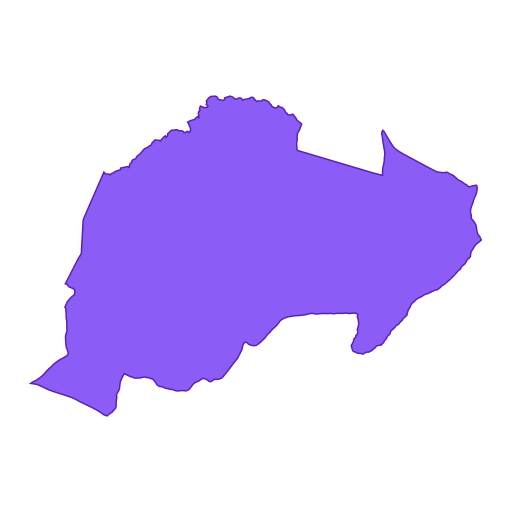 Teso South, Western, Kenya
{"feature_id": "3690345B15305563297607", "entity_name": "Teso South", "entity_type": "district", "adm_level": 2, "iso_a3": "KEN", "parent_name": "Kenya", "parent_adm1": "Western", "projection": "albers", "projection_center": [34.227, 0.538], "detail": "fine", "context": "isolated", "style": "filled", "palette": "violet", "viewbox_px": 512, "rotation_deg": 0, "n_neighbors": 0, "source": "geoboundaries", "source_scale": "gbopen_adm2", "svg_char_len": 6040}
<svg xmlns="http://www.w3.org/2000/svg" viewBox="0 0 512 512"><path d="M228.5,370.0L233.9,362.8L237.6,358.2L241.9,349.6L243.1,344.5L244.8,342.2L246.9,342.5L248.5,344.2L250.4,345.0L253.3,345.7L256.1,345.5L258.4,343.9L261.4,341.4L264.8,338.1L266.3,336.1L267.9,333.9L269.6,332.8L270.6,331.3L271.7,330.0L276.6,325.5L278.4,323.3L279.6,321.5L280.6,320.4L282.4,319.2L284.3,318.2L286.8,317.2L288.4,316.8L293.9,315.9L301.5,315.3L305.1,314.8L309.8,313.6L312.2,313.4L317.0,314.1L319.7,313.7L322.1,313.5L325.2,313.5L327.3,313.6L330.4,313.4L332.2,313.6L333.9,313.8L336.2,313.4L338.0,313.3L341.2,313.4L343.2,313.4L345.6,313.0L347.2,313.2L348.5,313.5L350.1,313.5L351.8,313.2L353.3,313.1L355.0,313.1L356.7,313.4L358.0,314.9L357.2,316.5L358.3,319.8L358.4,321.5L358.7,323.5L358.5,325.4L357.3,329.5L357.8,331.9L357.2,334.2L355.9,335.5L355.5,337.5L354.1,338.7L353.6,340.0L353.5,341.5L352.4,343.6L351.2,345.5L352.3,349.5L353.3,351.5L355.4,352.0L356.7,352.9L358.1,353.4L360.4,353.3L362.9,354.2L364.8,352.8L367.1,352.1L369.0,352.1L370.2,351.2L371.8,350.7L372.8,349.5L375.6,347.4L376.3,346.0L378.0,345.5L380.0,345.3L381.3,344.9L383.6,342.5L384.4,340.8L386.0,339.1L387.0,337.5L387.9,335.5L389.5,334.6L390.3,333.1L390.5,331.5L391.7,330.2L393.4,328.8L395.1,327.1L396.0,325.5L397.6,325.0L399.1,323.6L400.5,321.7L402.1,320.5L403.0,318.8L405.6,316.4L406.9,315.3L407.1,313.7L407.8,311.6L408.3,309.8L409.5,308.2L410.4,306.4L411.0,304.7L412.3,303.0L413.8,302.0L415.0,300.7L416.3,299.5L418.2,298.1L421.6,296.7L423.7,295.1L425.9,294.1L428.0,293.6L429.2,292.9L430.6,292.4L431.7,291.6L433.8,290.8L435.8,289.7L437.2,289.9L438.5,288.8L440.5,287.4L442.1,285.5L443.9,284.6L445.8,283.1L450.3,279.2L451.8,277.6L453.9,275.6L456.8,272.4L458.4,270.5L460.2,269.4L462.0,266.1L463.4,265.1L464.7,264.0L465.9,262.4L466.6,260.7L467.7,259.4L469.1,258.1L470.4,256.7L470.8,253.0L471.3,251.2L472.5,249.7L474.5,246.4L475.6,244.7L476.7,243.8L479.7,241.5L481.3,240.0L480.4,237.9L479.4,236.1L477.9,234.3L477.1,232.0L476.7,230.1L476.4,227.0L475.9,225.0L474.8,223.0L473.4,220.8L472.0,219.4L471.4,218.0L471.3,215.2L470.6,213.3L470.6,209.9L470.9,208.2L471.6,206.1L473.1,202.2L473.6,199.9L476.0,194.5L476.6,192.3L477.1,189.6L477.1,186.9L476.6,185.3L474.9,185.4L472.5,185.9L470.2,186.6L468.9,186.9L466.6,184.9L464.1,183.5L462.3,182.0L457.5,179.4L456.0,177.8L454.4,176.5L453.0,175.2L449.4,173.9L448.0,172.6L446.4,172.1L444.6,172.7L442.3,172.6L438.2,172.1L436.4,171.6L429.9,168.3L403.8,154.3L399.2,151.6L396.6,149.8L394.3,147.9L392.6,145.7L388.2,138.7L384.1,131.6L382.8,130.3L381.8,132.3L381.8,134.2L382.6,138.7L383.1,142.9L383.4,144.3L384.0,148.1L384.7,151.6L384.7,153.4L384.9,155.1L384.4,157.3L384.3,160.4L383.6,164.6L382.7,168.4L382.5,173.0L382.5,175.4L372.2,172.7L297.3,150.4L296.9,148.3L296.7,146.1L296.7,144.5L296.6,143.0L296.8,141.6L297.2,140.2L297.1,136.6L297.4,134.1L298.1,132.2L299.1,130.8L300.9,126.2L301.7,124.0L300.2,122.7L298.4,121.4L296.8,119.8L296.0,118.2L294.1,115.7L292.8,114.2L291.1,114.6L289.8,115.1L287.9,114.7L287.0,113.3L285.7,112.7L285.3,111.3L283.5,108.7L282.2,107.6L280.3,107.2L278.3,105.7L277.2,107.4L275.7,108.0L274.0,107.5L272.3,106.8L271.2,105.0L270.0,103.7L269.0,102.3L267.6,101.2L264.7,99.9L262.5,99.9L261.4,100.9L259.9,101.2L258.3,100.8L256.6,101.4L255.5,100.4L253.7,97.9L252.1,97.2L250.7,97.5L248.9,98.6L246.8,99.1L244.6,99.3L242.8,100.2L241.6,98.6L240.1,97.9L238.5,98.1L237.0,98.9L235.1,99.0L233.6,97.8L232.4,96.9L230.0,96.1L224.6,97.9L224.6,99.4L223.4,100.4L221.4,100.1L219.4,99.6L217.9,99.2L217.7,97.7L216.3,96.5L214.7,96.1L210.7,96.5L208.5,98.1L206.3,101.2L206.8,102.7L206.2,104.5L207.9,105.7L207.4,107.3L204.2,107.6L202.3,106.8L200.4,106.1L199.5,108.6L199.9,110.5L198.7,111.5L198.3,113.9L198.9,115.8L198.8,117.6L197.3,116.6L194.4,119.5L190.6,120.6L187.6,122.1L188.6,123.8L189.2,125.5L189.9,126.9L190.4,128.2L190.6,129.9L190.0,131.3L188.9,132.3L187.4,131.3L185.6,132.2L184.1,132.7L183.2,131.4L181.4,130.7L178.9,130.9L177.2,129.7L171.3,130.3L170.0,131.6L167.6,133.8L167.7,135.9L166.2,137.3L165.6,135.8L164.0,136.7L162.5,138.5L161.2,139.6L160.6,141.0L159.0,140.3L154.9,139.9L151.9,143.2L151.4,144.8L149.4,145.9L147.9,147.2L146.2,147.9L144.2,149.0L140.1,153.8L138.6,154.9L136.7,156.6L136.2,158.0L134.8,159.1L133.2,159.6L132.0,160.5L131.6,162.3L130.2,163.4L129.5,165.2L129.3,167.4L127.8,166.6L125.6,167.0L120.6,168.1L120.5,169.7L115.8,171.2L113.2,172.9L111.3,173.6L110.0,174.9L108.8,174.1L107.1,174.2L105.2,173.5L103.9,172.1L84.2,217.3L83.4,219.4L83.1,221.1L81.3,253.6L78.3,258.5L65.3,283.8L66.8,284.2L67.8,285.5L69.4,287.1L73.4,288.6L74.9,290.7L74.7,292.9L74.2,294.9L72.7,296.0L70.4,298.1L69.3,299.4L67.4,301.6L64.9,307.2L65.8,308.7L65.9,310.9L66.1,313.3L66.2,318.3L66.8,321.3L66.8,323.5L66.9,325.6L66.8,328.4L67.1,330.6L66.6,331.9L66.3,333.3L65.8,334.7L65.5,336.4L65.6,339.8L65.9,344.2L66.1,345.5L66.2,347.4L67.0,348.8L67.3,350.3L68.4,353.8L66.9,355.6L63.5,357.8L60.3,359.4L57.7,361.1L52.8,364.9L51.7,366.4L48.8,368.8L45.9,371.9L44.6,373.4L41.6,376.4L40.2,377.5L38.8,378.5L36.1,380.3L32.7,382.0L30.7,383.4L35.4,384.1L37.4,384.6L39.3,385.4L41.0,386.3L42.9,386.9L45.4,388.3L48.4,389.7L53.3,391.5L64.3,395.0L72.0,397.6L75.0,399.0L79.9,401.7L91.8,407.4L96.8,410.1L100.3,412.2L104.1,414.9L107.0,415.9L108.5,414.7L110.3,413.3L112.4,412.0L113.3,410.6L114.5,409.6L115.8,407.8L116.2,405.4L116.1,403.9L116.4,399.8L116.8,397.8L116.5,395.2L117.0,393.4L118.5,391.2L119.4,388.8L119.9,384.4L120.3,381.8L121.4,379.2L124.1,373.6L129.1,376.0L130.7,376.7L132.5,377.1L134.1,377.9L135.6,378.2L137.1,378.0L139.5,378.0L141.4,377.7L142.9,377.2L144.5,376.9L146.8,377.6L149.0,377.7L150.7,378.6L152.7,379.1L154.3,380.8L155.8,382.8L157.0,384.8L159.1,386.3L160.6,386.6L162.5,386.9L165.6,388.3L167.0,388.5L170.4,389.4L171.9,389.4L175.2,390.6L177.8,391.0L180.4,390.7L183.4,390.6L185.9,390.9L187.3,390.5L189.2,389.3L193.2,384.2L195.3,382.4L197.7,381.5L199.4,380.7L200.5,379.7L201.8,378.9L203.3,378.4L205.2,378.9L207.5,380.1L209.0,381.4L210.6,381.7L212.7,380.5L214.3,379.3L216.0,379.4L218.6,379.2L221.3,378.3L222.5,377.3L223.8,375.8L228.5,370.0Z" fill="#8b5cf6" stroke="#5b21b6" stroke-width="1.5"/></svg>